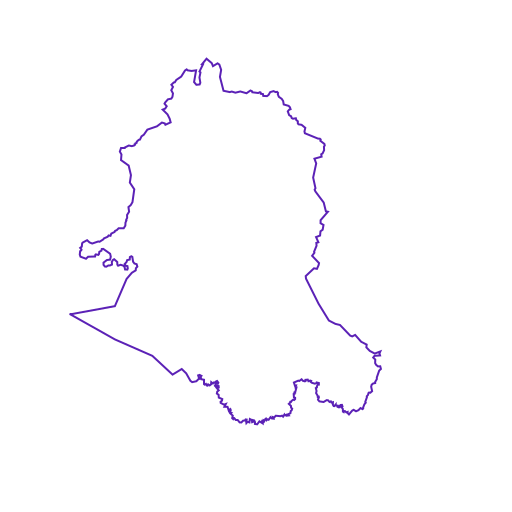 Rankas pag., Gulbene, Latvia (orthographic projection), rotated 212°
{"feature_id": "27541924B63900678349078", "entity_name": "Rankas pag.", "entity_type": "district", "adm_level": 2, "iso_a3": "LVA", "parent_name": "Latvia", "parent_adm1": "Gulbene", "projection": "orthographic", "projection_center": [26.154, 57.209], "detail": "fine", "context": "isolated", "style": "outline", "palette": "violet", "viewbox_px": 512, "rotation_deg": 212, "n_neighbors": 0, "source": "geoboundaries", "source_scale": "gbopen_adm2", "svg_char_len": 6124}
<svg xmlns="http://www.w3.org/2000/svg" viewBox="0 0 512 512"><g transform="rotate(212 256 256)"><path d="M349.1,138.7L381.4,109.2L383.3,108.1L331.4,110.5L291.0,116.4L263.9,111.2L259.1,120.8L253.0,119.5L245.5,115.4L243.3,115.2L240.2,118.2L239.6,120.9L239.0,121.7L241.8,124.1L240.8,125.3L238.8,125.4L239.0,124.3L237.1,122.5L234.5,123.5L232.2,119.8L231.4,119.7L230.7,121.0L229.2,120.1L228.6,120.3L229.1,121.2L228.6,121.8L226.7,121.7L226.1,123.3L227.1,125.3L225.0,125.0L224.8,126.3L223.2,126.7L223.7,127.9L222.8,129.4L220.8,128.6L220.7,127.4L222.2,127.2L222.1,124.2L221.2,124.0L220.9,125.0L218.8,125.9L217.9,124.7L218.5,124.0L219.6,124.4L219.8,123.4L216.4,122.3L217.0,120.5L216.3,118.6L214.2,118.5L212.5,116.2L208.8,116.8L208.2,115.3L208.8,113.6L208.1,112.7L204.4,113.0L203.2,114.5L202.9,111.4L200.2,113.0L197.1,110.4L196.7,112.6L196.4,112.5L195.7,111.8L195.3,109.7L193.9,109.9L194.3,108.9L191.1,108.3L190.3,105.9L189.0,105.6L189.1,106.8L188.6,107.0L186.3,106.2L184.6,107.2L181.7,106.2L180.2,107.1L179.7,109.5L178.2,110.7L178.2,111.9L177.3,112.3L176.9,110.7L175.6,109.2L175.3,111.0L173.4,111.4L174.8,114.5L172.5,114.7L171.2,113.0L170.7,113.6L171.7,115.2L170.4,115.6L168.8,114.6L167.9,113.0L165.8,113.9L165.5,117.6L162.1,117.6L163.4,118.7L163.4,119.4L161.5,118.9L161.4,119.4L162.4,120.8L161.5,120.9L161.7,122.7L161.4,123.4L160.0,122.4L159.7,123.6L158.5,123.8L158.3,127.0L156.5,126.6L154.9,127.4L156.2,128.4L155.0,128.7L154.6,131.0L150.4,133.1L149.3,134.4L147.9,134.1L147.9,136.5L147.3,136.1L146.2,137.4L145.5,136.7L143.7,138.2L145.0,138.7L143.5,140.9L144.4,143.0L144.0,144.0L144.4,145.7L145.9,146.0L146.9,147.4L149.8,148.0L149.3,149.8L149.6,150.4L149.0,150.7L149.1,151.7L148.3,153.9L147.3,154.1L147.0,155.4L147.7,156.5L148.9,156.2L150.9,158.9L150.3,159.6L150.7,160.0L150.4,160.6L151.1,160.9L150.7,161.7L151.8,165.2L152.1,164.7L152.8,165.4L153.4,167.4L154.2,166.6L156.8,168.8L154.1,172.7L153.1,172.9L152.0,175.6L150.1,175.0L148.1,175.6L147.7,176.4L148.4,177.2L146.6,178.6L145.2,177.6L144.0,179.1L143.0,179.3L142.8,178.2L141.4,178.1L138.5,178.9L137.3,180.2L137.5,180.9L135.4,181.6L134.6,180.3L135.4,179.9L135.3,177.7L134.7,176.8L135.3,175.7L133.1,173.6L132.4,171.6L128.8,169.7L128.3,170.0L127.8,169.4L128.4,168.9L127.7,168.6L127.3,167.0L125.2,166.3L121.3,168.0L119.7,171.2L118.5,171.8L116.3,171.2L115.5,172.4L114.3,171.7L113.3,172.8L112.1,170.7L110.6,169.9L110.0,170.2L109.7,172.3L109.2,171.5L107.8,172.2L107.0,171.3L105.6,171.5L105.0,172.0L105.8,173.0L104.7,173.4L105.3,174.5L104.2,175.3L103.0,174.3L103.4,173.6L103.0,173.0L101.3,172.3L100.3,170.8L99.4,171.0L99.5,170.1L98.9,170.1L99.1,170.8L98.5,171.6L96.5,171.3L95.7,172.3L95.2,171.4L93.2,170.9L92.5,175.8L91.7,177.3L88.9,177.3L87.4,179.5L86.8,182.4L84.5,182.6L84.3,183.5L84.8,184.1L85.5,187.6L85.2,189.7L86.0,190.1L87.1,195.0L87.7,195.7L87.4,197.7L88.0,199.3L87.8,200.1L86.6,200.6L85.9,202.9L89.1,206.2L89.7,208.2L89.1,210.0L87.6,211.4L88.2,212.3L88.3,215.6L89.2,217.1L90.8,224.1L90.2,226.4L92.2,228.3L94.1,227.0L96.6,227.4L98.2,228.3L100.0,231.4L102.8,232.0L102.6,234.1L98.1,237.4L99.7,238.8L100.0,240.9L103.6,236.2L109.2,235.8L114.0,237.0L115.2,239.5L121.3,239.0L130.1,241.6L131.8,238.8L133.9,238.4L148.2,242.0L152.7,240.5L160.0,239.9L177.7,248.7L201.6,263.3L203.2,265.3L200.3,276.3L197.5,277.4L198.1,281.5L198.8,283.4L208.5,285.9L208.2,289.7L209.0,290.4L210.1,296.8L211.8,299.1L210.4,300.7L215.1,303.9L212.5,307.3L214.4,311.1L213.4,313.6L215.2,318.1L218.6,318.0L220.2,320.6L218.5,331.6L220.4,330.9L226.9,337.2L239.8,342.2L241.4,343.3L241.5,345.0L249.1,352.8L254.0,366.4L258.0,369.5L253.0,375.0L254.6,376.8L253.9,378.3L254.3,381.8L256.3,384.7L256.3,386.2L257.4,387.3L262.5,387.8L262.9,389.1L264.0,389.3L265.7,388.4L279.6,386.0L280.9,387.3L282.1,390.8L286.9,391.4L289.7,390.2L290.8,390.6L291.9,392.4L294.0,392.7L295.2,393.9L297.4,392.0L298.8,391.9L300.3,393.1L302.5,393.0L305.7,395.5L305.4,397.7L304.5,398.8L306.0,400.1L307.9,400.6L312.8,399.2L315.1,401.8L317.5,402.9L321.0,403.1L323.3,404.8L323.7,406.0L325.1,406.4L326.2,405.4L328.5,405.1L330.8,402.5L330.7,399.2L331.4,397.4L334.7,395.6L335.9,397.0L337.9,396.1L338.7,397.1L339.5,397.0L340.5,395.4L345.9,392.9L346.7,393.6L348.4,393.4L350.3,389.0L356.5,387.2L360.0,383.6L363.7,382.6L365.1,381.1L371.1,378.9L381.5,388.8L384.2,395.4L388.5,398.9L390.7,399.0L393.1,394.2L395.7,396.1L402.5,397.1L403.4,390.0L402.5,390.4L401.7,382.5L400.4,382.3L398.6,377.5L395.0,373.4L394.7,371.6L397.3,369.6L400.7,370.7L405.2,381.7L408.7,378.8L412.4,377.2L413.7,377.5L414.5,375.7L414.5,368.5L416.9,363.1L416.9,360.3L417.7,359.6L418.5,356.4L416.0,355.4L415.7,351.7L412.6,349.9L411.2,346.7L411.2,344.6L413.7,342.2L414.4,338.0L414.3,336.7L411.1,335.7L411.1,332.9L412.7,330.7L406.1,329.2L402.0,326.7L399.2,324.1L402.4,319.3L403.6,320.1L406.5,319.3L408.7,313.5L415.1,305.6L415.4,299.4L416.5,296.8L416.1,293.2L417.0,292.4L417.7,289.8L417.2,288.7L418.0,287.6L417.6,286.6L418.0,286.3L417.7,285.9L418.0,285.0L419.6,283.3L422.4,282.3L424.8,278.4L424.6,278.0L427.7,276.1L426.8,272.4L423.9,270.8L421.3,265.8L411.9,265.2L404.9,258.3L401.9,251.4L394.6,248.1L389.3,236.2L389.2,232.8L390.1,229.9L387.1,226.3L387.1,222.5L385.5,220.1L385.2,217.6L384.7,217.4L384.4,215.2L382.9,212.5L382.9,209.4L387.2,206.7L387.8,204.1L388.8,202.7L388.7,201.4L390.6,198.3L390.1,196.0L391.9,195.3L392.0,193.7L394.3,190.3L394.3,189.2L396.2,185.2L397.5,184.7L401.5,179.8L404.4,179.3L407.6,179.9L410.0,175.7L410.2,174.7L408.7,171.6L409.4,169.7L407.4,169.0L407.2,168.2L407.7,166.9L406.2,163.8L404.5,162.4L398.7,163.6L398.0,166.4L392.2,170.3L392.9,172.0L392.7,172.5L390.3,173.4L390.2,174.6L391.1,176.5L389.9,178.6L390.5,180.2L389.3,181.1L380.9,180.6L378.8,178.5L377.8,175.6L380.3,173.6L381.8,169.6L380.6,167.7L378.6,167.0L377.3,167.6L376.2,169.7L374.9,170.5L373.6,172.4L375.2,174.7L375.2,176.9L374.6,178.1L370.5,177.4L369.0,175.2L367.8,174.7L366.2,176.8L363.5,177.5L361.6,177.0L359.9,175.2L357.9,176.3L358.2,177.6L359.7,179.3L361.4,178.7L363.1,179.6L362.6,182.3L363.1,184.2L361.2,186.1L362.4,188.3L361.6,189.7L360.4,189.7L357.2,186.0L355.1,185.2L352.9,185.8L351.0,184.1L351.4,182.0L350.4,180.1L352.4,176.0L353.6,168.0L349.1,138.7Z" fill="none" stroke="#5b21b6" stroke-width="2"/></g></svg>